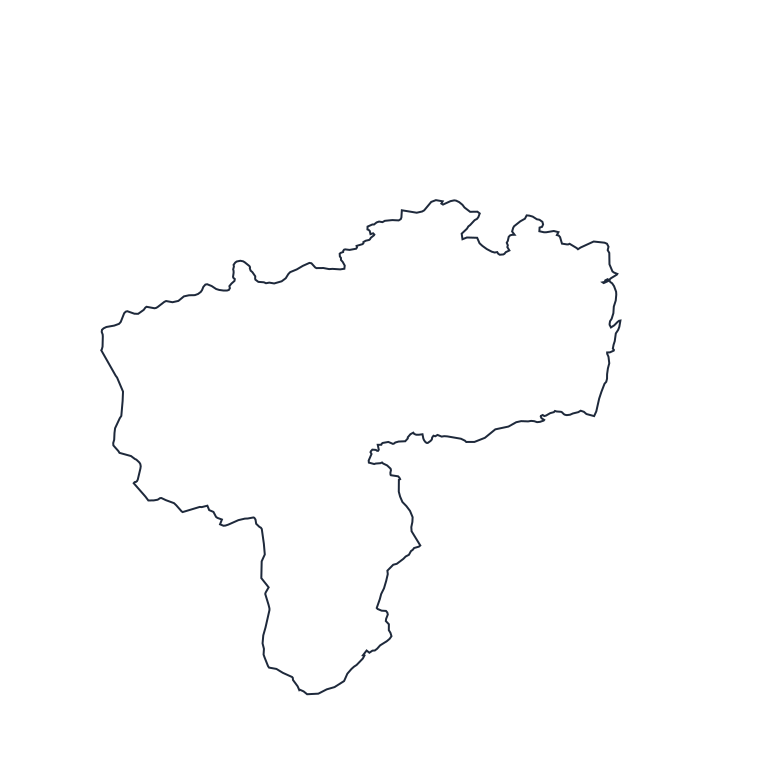 outline of Vadu Motilor, Alba, Romania, rotated 143°
{"feature_id": "2599482B54784080645152", "entity_name": "Vadu Motilor", "entity_type": "district", "adm_level": 2, "iso_a3": "ROU", "parent_name": "Romania", "parent_adm1": "Alba", "projection": "natural_earth1", "projection_center": [22.956, 46.413], "detail": "fine", "context": "isolated", "style": "outline", "palette": "slate", "viewbox_px": 768, "rotation_deg": 143, "n_neighbors": 0, "source": "geoboundaries", "source_scale": "gbopen_adm2", "svg_char_len": 6154}
<svg xmlns="http://www.w3.org/2000/svg" viewBox="0 0 768 768"><g transform="rotate(143 384 384)"><path d="M589.5,581.1L593.3,552.1L593.3,549.8L597.0,535.0L603.0,527.7L613.0,516.6L615.6,515.7L625.4,510.5L628.7,507.1L633.0,501.9L635.8,499.8L637.1,497.8L636.5,490.3L636.7,488.2L629.4,478.7L628.1,474.1L627.3,472.6L626.6,468.5L626.8,466.7L627.8,464.7L629.4,463.1L638.1,455.9L639.7,455.1L641.0,455.1L642.2,455.7L643.6,455.4L642.3,437.6L642.3,432.8L637.9,429.6L634.4,427.8L631.5,427.6L630.4,426.9L628.1,422.5L623.4,415.2L622.9,412.2L622.3,404.2L621.9,402.9L605.1,396.7L603.7,395.4L598.3,393.1L599.5,388.5L597.2,384.5L598.1,379.0L597.6,377.3L595.0,373.3L599.4,370.6L597.5,367.4L595.9,366.4L593.0,365.4L582.2,362.9L576.1,360.2L573.8,358.6L568.6,356.0L568.1,355.2L568.2,353.1L570.2,349.3L569.5,344.9L568.8,343.3L568.9,341.7L576.1,328.7L581.8,319.6L588.4,316.0L598.8,302.8L598.5,291.0L604.0,288.7L605.2,287.8L609.1,277.1L610.5,273.8L611.5,272.4L625.1,260.9L631.7,255.9L637.1,249.9L639.3,244.7L643.0,240.4L643.9,237.6L646.4,228.5L646.5,226.7L641.4,221.2L638.6,214.2L633.7,205.2L633.7,204.2L634.8,202.4L634.9,194.5L635.9,190.5L635.2,190.5L633.2,186.9L632.1,182.5L622.8,176.2L613.5,174.6L605.9,171.7L594.6,170.8L587.6,174.7L581.5,176.0L578.1,176.3L575.0,176.1L566.1,177.5L563.1,178.9L564.1,180.0L558.3,181.6L557.4,178.2L553.7,178.0L551.7,176.7L548.8,176.7L544.4,177.6L536.4,176.9L532.9,177.1L529.8,178.1L528.6,181.4L528.3,184.5L524.7,189.2L525.2,193.6L523.6,195.2L519.7,197.6L518.9,199.5L519.0,201.6L522.3,204.4L524.5,208.2L524.6,209.5L516.8,214.7L512.6,218.0L507.0,220.8L500.8,225.4L495.4,229.9L493.6,232.9L485.4,234.1L482.0,232.7L473.7,232.7L470.5,233.2L466.9,232.6L463.1,234.3L460.7,234.3L458.7,234.9L454.0,233.1L452.2,233.2L450.6,249.8L448.3,253.3L444.4,256.7L441.3,260.4L439.6,267.0L439.6,273.0L440.3,278.7L438.9,284.4L437.0,289.1L429.8,298.5L428.4,298.3L428.1,300.0L428.3,301.8L433.4,307.0L433.4,307.6L432.3,309.3L430.3,311.0L429.7,312.4L430.5,317.1L432.6,321.1L432.8,322.5L434.5,322.9L438.4,325.4L440.0,326.0L443.4,330.3L442.3,332.1L436.1,335.6L435.8,337.7L434.8,338.2L432.8,338.6L430.2,336.3L429.7,334.8L428.9,334.2L427.7,334.7L425.6,339.2L422.7,337.1L421.7,337.7L420.5,337.7L415.4,335.1L412.9,330.8L411.7,330.4L410.2,330.5L406.9,329.2L401.5,325.5L397.8,326.2L397.1,327.1L393.1,328.0L389.9,327.5L389.9,325.9L388.8,324.1L386.7,322.5L383.5,320.7L385.4,316.8L385.8,315.2L385.9,313.2L385.5,311.4L384.5,310.6L381.1,310.5L379.2,310.9L377.7,312.3L375.6,312.9L374.5,311.4L371.9,311.1L369.6,307.3L367.3,306.1L365.0,304.1L355.5,294.0L353.5,290.1L353.2,288.2L346.6,283.3L335.8,280.3L322.4,280.8L310.2,275.1L301.4,273.9L296.8,271.8L291.4,267.4L288.7,266.0L286.4,263.9L284.7,261.4L282.2,259.9L278.5,258.7L277.7,258.9L278.8,261.8L278.4,263.7L277.9,264.1L275.9,263.7L275.3,262.0L273.7,261.3L268.8,260.7L265.3,259.3L263.7,259.6L262.7,258.2L259.4,255.3L258.9,254.4L258.5,251.6L257.9,250.4L256.7,249.1L253.9,247.5L250.9,246.8L245.8,244.6L243.0,244.3L241.1,241.5L240.4,238.2L235.5,231.9L230.9,234.4L221.0,242.8L215.1,246.9L207.7,251.5L205.2,252.0L202.7,254.0L199.9,257.6L195.8,261.7L191.6,265.0L188.3,270.7L187.6,273.8L186.8,274.9L184.5,273.3L180.5,272.4L179.9,272.8L179.9,274.6L177.0,277.2L174.0,279.3L168.4,284.9L164.4,286.3L161.7,288.0L157.0,292.4L158.2,293.0L160.1,293.0L164.8,292.3L168.7,292.6L168.2,295.5L167.6,296.3L165.7,298.1L162.9,299.1L158.2,302.5L153.9,307.5L148.7,311.2L144.7,315.6L143.1,318.0L141.4,323.7L141.2,327.1L141.9,329.2L141.6,331.0L147.8,332.4L148.2,333.6L146.3,332.7L144.9,333.6L142.3,333.1L142.1,331.6L139.1,331.9L132.3,331.2L131.4,331.5L133.2,334.5L133.8,336.4L131.9,343.9L125.2,353.1L124.8,356.3L122.1,358.5L121.5,361.8L122.8,364.1L130.8,371.6L144.9,374.7L148.0,374.9L148.3,376.6L151.4,384.3L152.8,384.6L153.9,385.4L157.4,389.0L155.0,395.3L155.1,397.3L156.3,398.9L153.3,400.3L156.3,404.0L163.2,407.6L165.0,409.0L168.0,412.5L165.6,415.3L163.2,414.4L160.9,415.7L159.9,418.2L161.0,421.6L162.8,423.6L164.5,428.2L166.7,431.1L168.6,432.8L172.0,431.2L177.2,431.9L185.2,431.7L186.8,431.0L189.9,428.7L189.9,424.6L191.8,426.0L193.7,426.8L195.8,426.5L199.0,423.8L201.0,422.9L201.6,420.3L203.1,419.1L203.5,415.2L207.4,416.0L209.5,415.5L210.8,415.7L213.8,417.6L214.4,419.4L214.2,421.2L216.5,422.4L218.3,424.8L220.7,429.9L222.3,435.1L223.0,438.9L221.6,444.7L229.6,451.1L234.2,452.4L231.5,457.3L224.3,458.1L221.8,459.1L219.6,459.1L213.0,460.3L210.3,459.9L208.2,460.5L204.9,462.6L205.7,465.4L211.6,469.7L213.5,476.5L213.5,479.9L214.5,484.0L216.1,487.1L217.4,488.4L220.8,490.0L228.9,491.8L229.6,493.6L227.2,494.6L231.9,499.6L236.7,501.0L247.4,498.5L249.7,498.8L254.8,501.1L265.2,512.0L269.9,506.5L271.4,505.6L273.8,505.8L278.7,509.9L285.1,513.8L287.8,514.2L290.2,516.7L292.7,517.5L296.0,517.4L297.3,518.4L302.4,519.6L304.2,517.4L303.5,516.2L303.3,514.7L304.6,511.8L302.0,510.9L301.8,509.1L302.5,508.8L306.5,508.7L308.2,508.0L309.2,508.0L312.3,509.4L315.0,509.8L315.6,508.9L316.9,508.6L322.8,510.8L323.4,509.3L324.8,508.8L330.8,511.8L334.0,514.9L335.1,515.3L336.4,514.9L337.2,514.0L339.7,514.8L341.0,514.7L342.5,512.4L342.5,510.6L343.7,509.0L343.5,506.4L344.1,502.2L346.3,499.9L350.0,501.9L355.8,506.9L358.7,508.8L362.6,513.1L368.2,517.2L368.8,518.5L369.3,524.1L370.7,525.6L377.7,527.2L384.7,528.0L391.6,529.8L394.2,529.4L398.8,527.6L403.9,527.6L411.2,530.4L414.6,534.0L417.6,535.5L418.7,537.5L422.9,541.2L423.9,544.7L423.5,545.7L422.0,547.5L421.8,552.6L422.3,554.8L421.5,557.2L420.7,557.9L420.5,559.2L422.0,565.1L422.7,566.8L424.6,568.9L428.0,570.5L429.8,570.5L432.4,569.7L433.2,568.1L435.5,566.3L436.0,565.0L437.1,563.4L440.1,560.4L440.4,559.5L440.0,557.6L441.4,556.3L445.4,556.0L448.6,555.2L449.4,553.3L451.2,552.5L452.9,553.0L455.9,555.2L459.0,558.3L460.9,560.9L462.7,566.0L465.2,570.1L466.8,570.9L469.8,570.3L472.8,568.5L474.9,567.8L478.3,567.8L481.6,568.8L486.3,572.2L491.1,574.4L498.2,574.1L503.7,576.6L508.1,581.4L510.0,581.8L518.5,581.7L520.2,581.9L521.7,582.6L527.2,588.6L528.7,588.6L531.3,587.8L538.1,588.0L541.0,590.3L545.2,596.6L546.7,597.2L548.9,596.9L556.9,592.0L559.4,591.5L564.3,593.0L571.4,596.6L574.4,597.2L576.6,597.0L578.1,595.5L578.9,592.8L580.1,591.0L586.3,583.2L588.5,581.5L589.5,581.1Z" fill="none" stroke="#1e293b" stroke-width="2"/></g></svg>